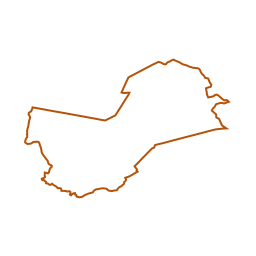 outline of Caruaru, Pernambuco, Brazil, rotated 260°
{"feature_id": "56859067B68143060534399", "entity_name": "Caruaru", "entity_type": "district", "adm_level": 2, "iso_a3": "BRA", "parent_name": "Brazil", "parent_adm1": "Pernambuco", "projection": "equal_earth", "projection_center": [-36.026, -8.188], "detail": "fine", "context": "isolated", "style": "outline", "palette": "amber", "viewbox_px": 256, "rotation_deg": 260, "n_neighbors": 0, "source": "geoboundaries", "source_scale": "gbopen_adm2", "svg_char_len": 2912}
<svg xmlns="http://www.w3.org/2000/svg" viewBox="0 0 256 256"><g transform="rotate(260 128 128)"><path d="M162.8,215.6L163.5,214.0L164.0,212.7L165.3,212.2L166.8,211.6L168.1,210.4L169.5,209.8L171.0,209.2L172.6,209.0L174.1,208.1L174.9,206.7L175.2,205.2L175.7,203.9L176.1,202.3L177.2,200.3L178.0,198.7L179.2,197.2L180.1,195.3L181.1,193.2L182.2,191.9L183.9,189.9L184.8,188.5L185.5,187.3L186.3,186.1L187.4,184.9L187.1,182.6L186.3,181.1L186.1,179.6L185.5,177.7L184.4,176.8L184.3,175.0L185.4,173.5L186.7,171.9L187.8,169.4L186.0,163.0L181.3,148.3L179.7,143.3L178.2,138.6L177.7,137.2L173.7,134.3L170.2,131.9L164.1,127.8L163.3,129.5L162.9,131.7L162.9,133.7L162.5,135.5L160.7,134.3L156.6,130.5L147.0,121.8L142.6,117.7L139.4,106.9L140.0,104.9L143.3,96.2L144.7,92.4L149.0,80.8L154.5,65.9L156.9,59.2L157.5,57.6L160.1,50.4L160.7,49.0L161.8,46.0L163.9,40.3L164.9,37.6L163.9,37.3L162.8,36.5L161.3,35.6L160.2,33.0L158.6,32.5L157.5,32.9L155.4,33.6L152.6,32.0L150.4,31.2L149.3,30.9L146.8,30.0L144.7,28.9L142.2,28.0L140.2,27.9L139.1,27.3L137.6,27.5L136.4,27.0L135.3,25.9L133.5,24.7L131.6,24.2L129.7,26.2L129.5,29.8L130.0,31.0L130.6,32.1L130.5,34.3L130.3,35.9L129.9,37.4L128.7,38.0L127.1,38.2L125.9,38.3L123.9,38.8L122.7,38.7L121.3,39.0L119.7,38.7L117.8,39.1L116.3,39.7L114.6,40.6L112.8,41.5L111.4,42.2L110.1,43.0L108.5,43.4L107.1,43.4L105.9,44.1L105.2,45.1L104.1,46.4L103.0,46.1L102.3,44.9L101.3,44.0L99.8,43.1L98.0,42.5L97.2,41.2L97.9,40.0L98.6,38.3L95.6,37.7L94.1,37.8L93.4,36.3L93.0,34.3L91.5,34.6L91.1,36.5L89.7,37.2L88.9,38.1L87.8,37.8L87.1,39.6L85.9,40.6L85.4,41.8L86.3,43.5L84.7,44.9L82.6,47.4L80.8,48.4L80.7,50.3L80.0,51.5L78.9,51.6L77.7,51.5L77.3,53.6L76.7,55.9L75.9,57.2L76.0,59.1L75.3,60.1L74.1,60.1L72.5,59.2L71.6,60.2L72.4,61.4L73.2,62.9L73.0,64.5L71.7,64.3L71.0,65.5L69.5,65.4L68.8,66.6L68.2,68.1L68.2,71.3L69.1,72.9L69.5,74.2L69.9,76.0L70.3,77.9L70.5,80.9L70.8,82.3L72.1,83.5L73.0,85.3L73.1,89.4L73.1,91.6L72.8,93.7L71.8,96.5L70.3,97.4L69.6,98.5L68.6,101.2L68.8,102.8L68.8,104.6L68.6,106.2L69.9,107.4L71.1,108.9L71.9,111.5L73.0,113.1L73.8,114.5L75.3,114.7L76.3,116.4L77.7,117.2L79.4,116.6L80.1,120.8L80.7,122.7L82.6,127.7L83.3,129.8L84.4,129.0L85.6,129.7L89.1,127.8L91.9,131.7L95.6,136.8L97.5,139.4L103.8,148.3L104.1,150.3L106.4,151.6L106.7,153.9L107.1,161.0L107.9,169.8L108.3,175.1L109.0,183.4L109.7,192.7L110.0,195.6L110.1,197.6L110.4,201.5L110.6,203.5L110.8,205.6L111.4,214.0L111.0,221.1L110.5,224.8L114.4,220.9L119.9,219.6L121.2,219.3L123.0,216.8L124.8,217.0L126.0,217.2L130.6,213.6L132.3,214.9L133.7,216.9L135.2,218.1L136.2,219.1L136.5,221.9L136.7,223.8L135.5,226.9L135.9,229.3L136.3,231.8L138.4,230.1L138.5,227.6L140.3,225.8L142.6,224.0L144.4,222.6L145.4,221.3L145.5,219.4L144.6,218.1L144.3,216.6L144.2,212.3L145.9,211.9L147.4,211.6L149.2,211.7L150.9,211.7L152.2,211.7L153.6,211.7L154.1,214.9L154.2,216.6L156.1,217.5L158.0,216.8L159.1,216.3L162.8,215.6Z" fill="none" stroke="#b45309" stroke-width="2"/></g></svg>